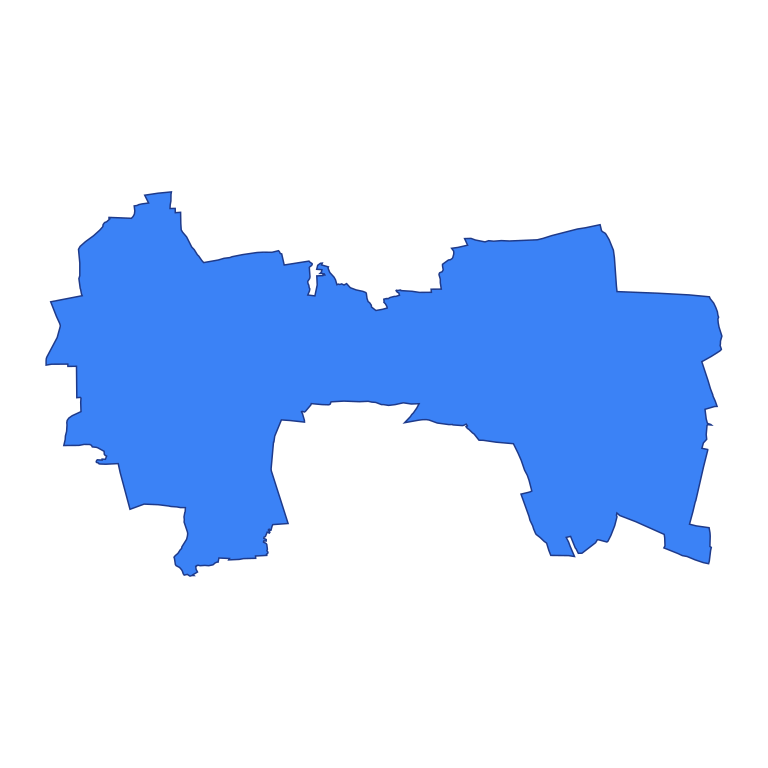 Podu Turcului, Bacau, Romania (Robinson projection)
{"feature_id": "2599482B35845485094617", "entity_name": "Podu Turcului", "entity_type": "district", "adm_level": 2, "iso_a3": "ROU", "parent_name": "Romania", "parent_adm1": "Bacau", "projection": "robinson", "projection_center": [27.419, 46.199], "detail": "fine", "context": "isolated", "style": "filled", "palette": "blue", "viewbox_px": 768, "rotation_deg": 0, "n_neighbors": 0, "source": "geoboundaries", "source_scale": "gbopen_adm2", "svg_char_len": 6078}
<svg xmlns="http://www.w3.org/2000/svg" viewBox="0 0 768 768"><path d="M228.7,559.9L239.3,559.4L243.5,558.6L255.7,558.3L255.5,556.0L266.8,555.4L266.9,555.0L266.5,554.3L267.9,553.0L267.9,552.1L266.9,550.7L267.4,549.3L266.8,544.6L266.4,543.8L265.3,543.0L263.5,542.2L263.5,541.8L263.9,540.8L266.2,541.0L266.2,539.5L263.8,538.4L264.1,537.1L265.4,536.5L267.2,532.1L269.3,533.1L269.9,532.2L268.4,530.3L268.5,529.5L269.3,529.2L270.2,530.3L271.0,530.2L272.0,526.4L272.8,524.6L288.1,523.5L271.3,470.8L271.1,468.9L273.5,442.1L273.9,442.0L274.7,436.2L281.4,419.9L289.9,420.5L304.5,422.1L304.4,420.3L302.4,413.4L301.5,412.0L301.5,411.6L302.3,411.4L304.5,412.0L305.4,411.4L310.9,404.9L311.3,403.6L322.1,404.6L328.9,404.8L330.3,404.0L330.9,402.0L331.5,401.8L343.9,401.1L359.3,401.7L368.2,401.3L371.8,402.1L375.7,402.4L381.5,404.6L383.6,404.6L388.6,405.4L395.2,404.6L403.3,402.8L411.3,404.0L419.1,403.7L416.8,408.0L413.4,412.9L411.7,414.6L410.5,416.5L404.6,422.7L418.5,420.2L422.2,419.7L426.3,419.6L429.0,420.0L437.2,423.0L448.9,424.6L452.5,424.5L452.9,424.9L462.5,425.6L463.8,425.3L466.2,424.1L467.4,425.9L466.0,426.7L467.5,428.5L468.9,429.4L472.5,432.9L474.1,434.0L479.0,440.2L483.2,440.3L496.2,442.2L513.4,443.7L518.0,453.0L521.2,460.3L524.6,470.2L527.3,475.3L529.1,480.5L531.8,491.0L530.3,491.8L528.2,492.4L521.0,494.1L529.0,516.4L530.0,520.3L532.7,525.9L533.6,528.9L535.3,532.9L536.1,534.4L540.0,537.4L544.2,541.4L546.6,543.1L548.8,550.3L550.8,555.4L568.6,555.6L574.5,556.5L570.1,546.2L568.6,542.1L566.2,537.4L568.7,536.8L570.6,536.4L575.3,548.0L576.1,548.9L578.3,553.3L582.0,553.2L595.6,542.7L597.3,539.8L598.6,539.8L606.9,542.0L607.9,541.3L610.9,535.4L614.7,525.7L617.0,516.8L616.5,515.6L616.5,514.8L616.9,513.0L619.7,515.5L635.8,521.7L664.2,534.4L664.7,537.9L665.0,545.8L663.9,547.9L678.1,553.6L682.3,555.6L687.1,556.5L695.0,559.8L703.3,562.6L708.6,563.7L709.3,561.1L710.6,550.5L711.3,547.4L709.9,546.5L710.2,536.2L710.0,532.9L709.1,527.7L696.3,525.9L689.5,524.2L692.9,511.7L695.2,502.0L695.8,500.6L703.5,467.0L707.8,449.9L707.7,449.5L701.9,448.3L703.4,442.9L706.7,439.3L706.2,434.6L707.0,425.5L707.4,424.9L707.9,424.7L711.4,425.0L710.8,424.5L707.8,423.5L707.3,423.0L706.2,418.9L705.0,409.3L714.6,406.5L717.1,406.4L715.2,401.0L713.0,396.1L712.8,394.9L710.4,388.6L708.1,380.8L701.8,361.7L711.3,356.4L719.8,351.0L720.9,350.0L721.4,349.3L720.1,345.4L720.4,344.1L720.5,341.0L721.9,336.1L719.0,327.0L718.2,322.7L717.9,319.0L718.6,317.2L717.9,315.2L717.4,311.8L715.8,307.5L713.7,303.1L710.2,298.7L709.4,296.8L689.1,294.9L657.7,293.2L617.0,291.6L616.4,285.8L614.4,257.6L613.4,250.2L609.1,239.6L605.9,234.1L605.1,233.2L602.4,231.6L601.5,230.6L600.1,224.7L585.3,227.8L577.5,229.0L551.8,235.6L543.0,238.4L537.3,239.8L509.3,241.0L501.4,240.6L493.7,241.2L488.6,240.7L485.0,241.9L475.4,240.0L471.0,238.4L464.6,238.6L467.6,245.2L458.0,247.4L451.6,248.3L453.6,251.0L453.8,252.6L453.7,254.2L452.8,257.5L452.2,258.5L450.4,259.7L448.4,260.0L442.5,264.3L442.5,265.9L443.2,269.8L442.2,271.7L439.8,272.7L439.3,273.3L439.0,274.7L440.3,279.1L440.3,282.8L441.3,289.1L431.1,289.2L431.4,292.3L419.3,292.4L412.2,291.3L400.9,290.6L400.7,290.1L400.3,290.0L397.8,290.5L396.6,290.2L396.1,290.5L396.3,291.0L397.4,292.3L398.8,292.9L399.5,295.2L395.9,296.4L394.3,296.4L390.1,297.5L388.1,298.7L387.5,298.5L386.8,298.8L386.4,298.5L383.8,299.2L384.1,301.3L383.9,302.3L385.4,303.8L386.9,306.5L387.2,308.0L382.6,309.3L375.9,310.5L371.5,307.0L371.3,305.2L369.6,302.7L368.1,301.6L367.0,298.4L366.3,293.2L365.7,292.5L363.0,291.4L356.1,289.9L350.8,287.9L350.1,287.5L346.6,283.6L344.0,285.0L341.7,283.9L339.8,284.5L338.3,284.1L336.9,284.7L335.5,279.8L334.0,277.1L329.8,272.5L328.2,268.6L328.1,267.6L328.4,266.9L321.5,264.9L322.3,263.1L320.4,263.3L317.7,265.3L316.7,269.3L321.9,269.7L321.7,271.0L321.0,272.6L320.1,273.4L322.4,273.4L322.9,273.9L324.1,273.8L324.8,274.9L322.9,275.1L322.8,275.6L316.8,275.9L317.2,285.0L314.9,295.9L307.8,295.0L309.5,290.9L309.8,288.9L309.2,287.7L308.8,285.1L308.2,284.1L307.7,282.0L307.8,281.3L309.6,278.6L310.0,276.9L309.3,267.5L309.7,266.9L311.6,265.5L312.2,264.4L312.1,263.6L309.7,262.0L309.0,261.1L284.2,265.0L281.7,253.9L280.3,253.5L279.4,251.7L278.5,250.7L272.0,252.3L263.3,252.2L257.1,252.5L242.7,254.6L232.1,256.7L229.8,257.6L224.0,258.3L218.3,260.0L203.7,262.6L201.8,260.5L198.7,256.0L197.4,254.8L194.2,249.6L191.7,247.0L186.6,236.9L182.6,232.2L181.2,229.8L180.8,223.5L180.6,212.3L175.3,212.7L175.2,208.4L170.0,208.5L170.2,204.9L170.9,201.0L171.0,194.2L171.4,191.9L158.0,193.2L144.7,195.2L148.6,203.0L142.0,203.9L138.8,204.6L137.0,205.5L134.2,205.9L134.8,210.9L134.4,214.1L133.1,216.5L131.4,218.3L109.0,217.4L108.9,218.2L109.8,218.9L106.6,221.8L104.7,222.5L104.0,223.3L103.1,224.6L102.8,226.7L99.7,230.2L93.6,235.7L85.4,241.7L80.1,246.4L78.5,249.3L79.8,263.1L79.8,275.7L78.9,278.6L80.2,288.3L80.6,289.4L81.5,294.1L82.2,295.7L50.7,301.8L56.4,316.3L59.7,323.5L60.3,325.5L60.2,326.6L57.2,337.5L46.8,357.1L46.3,358.6L46.1,360.8L46.1,365.1L51.6,364.2L67.8,364.1L67.9,366.4L76.5,366.3L76.8,397.7L80.3,397.4L81.0,398.2L80.7,402.2L81.0,411.6L72.2,415.7L68.8,418.1L67.2,420.4L66.8,422.6L67.0,425.0L66.6,431.4L65.4,436.0L65.2,439.5L63.8,445.5L78.9,445.4L84.1,444.4L90.0,444.5L91.5,445.4L92.3,446.9L96.3,447.3L97.8,447.8L104.1,451.3L104.3,454.3L105.2,455.4L106.6,456.1L105.4,459.3L102.1,459.1L102.1,460.1L97.3,459.8L96.6,460.6L96.2,461.8L96.5,462.4L98.4,463.0L99.0,463.8L99.9,464.0L105.7,464.2L118.2,463.6L120.2,472.7L130.0,509.3L144.1,504.1L158.3,504.7L168.7,506.0L171.0,506.5L176.9,506.9L180.5,507.6L185.4,507.6L185.2,511.6L184.8,512.5L184.0,516.9L184.3,519.6L184.1,522.1L187.4,531.9L187.7,533.6L187.4,536.1L186.6,539.3L181.9,546.8L181.6,548.5L180.4,549.6L177.9,553.4L175.3,555.6L174.0,557.2L174.5,558.7L175.4,564.6L176.2,565.7L179.6,567.5L181.6,569.8L182.4,571.2L183.2,573.7L184.2,575.1L187.3,574.4L190.0,576.1L192.0,575.5L193.9,575.5L193.0,574.7L197.5,572.0L196.1,569.4L195.7,566.3L196.6,566.1L196.7,565.6L198.0,565.2L200.1,565.7L204.8,565.4L208.8,565.7L213.0,564.8L215.2,562.9L217.0,562.1L218.1,562.1L218.9,558.0L229.5,558.5L228.7,559.9Z" fill="#3b82f6" stroke="#1e3a8a" stroke-width="1.5"/></svg>